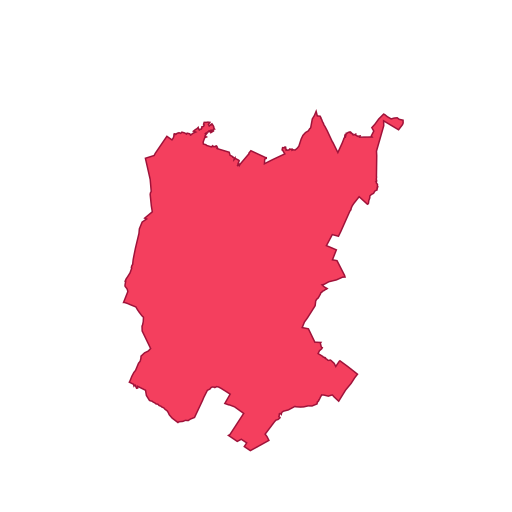 San José del Rincón, México, Mexico, rotated 24°
{"feature_id": "50627088B61980296912974", "entity_name": "San José del Rincón", "entity_type": "district", "adm_level": 2, "iso_a3": "MEX", "parent_name": "Mexico", "parent_adm1": "México", "projection": "robinson", "projection_center": [-100.117, 19.636], "detail": "fine", "context": "isolated", "style": "filled", "palette": "rose", "viewbox_px": 512, "rotation_deg": 24, "n_neighbors": 0, "source": "geoboundaries", "source_scale": "gbopen_adm2", "svg_char_len": 6114}
<svg xmlns="http://www.w3.org/2000/svg" viewBox="0 0 512 512"><g transform="rotate(24 256 256)"><path d="M252.1,99.4L252.2,103.9L251.7,107.9L253.7,116.2L253.7,117.3L253.3,117.8L252.9,120.4L251.0,123.1L249.8,126.7L249.7,130.8L250.5,138.3L249.8,140.9L248.6,143.3L246.9,143.8L246.0,144.6L245.9,143.8L245.4,143.6L245.2,144.0L244.7,144.3L243.4,144.5L243.5,144.9L243.0,145.3L242.9,145.8L241.6,146.7L241.1,146.6L240.6,147.0L240.5,146.5L240.1,146.6L238.8,144.5L238.1,144.6L237.8,145.7L236.4,146.0L236.2,146.3L236.7,148.5L237.4,148.6L240.8,151.0L231.8,161.4L226.2,168.3L224.6,164.1L224.7,163.7L225.7,162.7L225.4,162.0L225.0,162.2L208.5,161.9L207.7,164.7L208.0,166.2L207.7,166.4L204.3,178.1L204.0,180.0L203.8,179.7L203.4,179.9L203.2,179.4L202.6,180.8L202.0,181.3L202.5,180.3L202.0,178.9L201.9,175.8L201.1,175.5L197.3,175.3L197.1,175.0L197.0,176.5L196.8,177.0L196.5,175.7L196.1,175.2L194.9,175.0L194.6,175.2L194.2,174.7L191.3,174.5L189.3,172.1L176.8,173.7L176.6,173.6L176.9,172.9L176.0,172.1L175.4,172.0L175.5,171.7L175.0,171.5L174.6,171.8L174.8,172.4L174.0,172.7L174.0,172.9L172.6,173.1L172.6,173.4L172.2,173.6L171.5,173.0L171.4,173.2L171.7,173.5L171.0,174.1L171.1,174.4L171.4,174.4L165.8,175.1L165.0,174.7L162.4,175.1L161.4,173.5L161.0,168.9L162.3,167.4L160.6,167.3L161.0,164.9L160.0,164.9L160.3,164.1L160.8,164.2L161.3,163.7L160.9,163.4L161.3,162.4L162.4,161.8L162.1,160.8L162.4,160.6L162.6,160.6L162.8,161.2L163.3,160.6L163.9,161.1L164.0,160.6L164.4,160.8L164.7,161.5L166.0,159.6L163.1,159.4L165.3,159.0L165.6,158.7L165.2,158.6L166.0,157.7L166.1,156.9L166.3,156.8L165.2,156.2L165.2,155.5L164.0,154.4L162.2,153.3L162.1,153.9L161.8,154.4L161.4,154.0L160.4,156.3L159.0,155.2L159.5,152.7L157.5,153.3L156.5,154.0L154.3,155.0L154.5,157.0L155.4,157.3L155.3,158.2L155.4,158.7L155.0,159.3L154.0,159.9L154.4,161.4L153.8,161.7L154.4,161.7L154.3,162.5L153.3,163.0L153.1,163.9L152.7,163.9L152.4,163.5L151.6,163.1L150.9,162.1L150.3,163.7L149.2,165.2L148.1,167.4L150.5,167.3L148.9,169.0L147.6,171.1L147.3,171.9L147.0,172.2L145.8,171.3L143.1,171.8L143.0,172.9L140.8,172.6L137.9,173.0L137.3,174.6L135.5,174.7L135.2,175.2L134.7,175.3L134.2,176.0L133.6,176.5L133.2,177.0L133.4,177.4L133.0,177.7L132.8,177.3L131.6,177.6L131.6,178.2L132.3,180.2L132.4,182.0L132.0,184.1L125.9,182.9L122.2,203.3L122.1,205.6L115.2,211.7L128.2,229.1L134.0,239.6L133.9,241.3L134.3,242.8L140.0,252.8L143.3,257.8L138.9,266.7L141.0,266.7L138.2,271.3L138.4,278.6L139.9,283.0L142.7,298.0L144.7,306.9L145.3,309.4L146.8,314.0L146.5,314.9L146.6,316.1L146.9,317.4L147.4,317.6L147.8,322.6L147.1,327.6L146.7,329.5L146.7,332.2L147.2,332.1L148.2,336.0L148.8,337.0L151.1,338.2L152.2,339.1L153.4,340.7L153.9,352.3L154.5,352.0L157.0,351.7L167.0,351.4L169.6,353.3L172.4,355.0L176.1,357.0L178.1,357.7L179.7,361.8L180.4,365.0L180.4,366.4L182.5,370.8L197.4,383.4L196.2,386.7L193.6,389.8L191.7,394.2L192.5,396.4L193.0,399.3L192.3,401.7L192.5,409.5L191.8,412.1L191.5,416.6L191.7,420.9L191.6,422.8L196.3,423.0L197.4,424.4L197.6,423.6L198.1,423.1L200.7,425.4L201.6,424.8L200.8,423.2L209.7,423.6L212.6,428.0L217.3,431.2L218.0,431.3L220.3,430.9L221.4,431.3L223.1,431.3L224.8,431.8L226.7,431.3L228.2,432.0L230.4,431.9L231.5,432.3L233.0,432.2L234.0,432.4L235.1,433.0L237.8,433.6L239.5,434.7L241.3,436.3L245.3,438.2L252.4,439.9L252.6,439.3L253.7,438.4L256.4,436.9L258.3,434.9L261.0,433.9L262.3,431.8L265.5,428.5L265.9,409.5L265.8,406.6L266.2,398.5L268.0,396.3L268.5,394.4L269.4,393.4L271.6,392.7L271.9,392.9L272.8,391.9L273.0,391.4L274.9,390.9L277.9,391.1L288.6,392.7L287.5,403.4L291.6,403.1L292.4,402.8L297.8,402.5L308.8,404.8L304.8,429.8L303.8,431.1L314.3,433.0L317.1,429.4L323.5,430.5L322.8,434.9L330.0,436.1L342.8,419.2L339.5,416.5L336.8,415.0L340.3,399.9L341.0,397.8L342.7,396.3L343.7,394.1L343.6,393.7L342.2,393.5L342.0,391.9L341.5,390.8L341.8,390.2L342.4,390.0L343.5,390.4L343.2,389.1L343.3,388.1L344.2,386.6L348.1,383.5L352.8,377.5L353.5,377.6L358.1,375.9L361.0,374.4L364.6,371.7L368.2,370.2L371.9,366.3L371.4,364.3L371.8,364.0L372.0,363.3L371.9,363.1L372.2,362.6L371.9,361.9L372.2,361.4L372.3,357.9L372.6,356.6L372.5,356.2L374.6,355.4L379.1,354.6L381.4,352.5L382.4,351.9L384.5,352.9L390.6,355.0L392.4,341.9L394.7,333.7L395.7,327.1L396.8,322.7L384.5,319.6L375.3,317.6L374.9,318.3L373.8,324.5L371.1,322.3L367.3,321.0L366.3,320.8L364.7,321.9L363.9,322.0L362.7,321.5L361.1,321.4L361.2,321.1L361.0,320.9L360.8,321.1L360.2,320.7L358.8,321.0L358.2,320.9L358.0,320.6L352.4,319.9L352.5,316.8L353.8,313.9L353.8,312.8L353.3,312.9L352.6,312.5L350.4,309.7L350.3,309.1L350.4,308.6L344.8,310.8L333.5,301.2L327.3,302.6L327.1,296.6L328.2,291.4L330.2,277.8L330.2,277.2L328.8,272.7L328.9,271.8L329.3,270.1L329.9,269.1L330.3,264.7L330.2,263.1L330.9,262.3L330.9,261.5L332.4,259.6L333.2,258.1L333.7,257.8L334.3,256.8L331.1,256.5L328.1,255.5L329.9,254.0L333.0,249.9L339.2,245.1L343.7,240.1L345.9,239.0L344.8,237.7L331.9,227.3L327.4,228.4L326.9,217.7L316.1,217.9L317.0,205.4L323.3,204.4L323.5,199.2L323.5,176.9L323.9,175.2L323.5,173.5L323.5,170.9L324.0,168.1L326.1,159.9L336.7,163.4L337.2,162.8L337.3,162.1L336.5,159.4L336.3,156.5L336.0,156.2L335.6,154.8L336.3,153.0L337.9,150.9L338.1,148.7L338.5,147.8L339.7,146.4L339.3,145.6L339.4,145.1L338.9,144.6L339.2,143.3L338.7,143.2L337.8,141.1L336.3,140.4L336.0,140.0L335.8,138.8L335.3,138.8L335.6,138.2L335.3,137.6L334.7,137.1L334.0,134.7L333.7,134.4L325.5,115.3L323.4,111.2L319.7,85.0L317.6,80.6L334.9,82.7L336.4,76.4L336.3,74.6L335.1,72.1L331.2,72.9L328.8,72.3L326.1,73.8L323.7,75.8L319.2,75.3L316.3,74.5L314.9,74.4L312.4,80.9L311.0,87.4L309.6,91.6L312.8,94.0L312.5,99.5L313.6,100.1L302.3,105.3L302.2,104.0L299.9,105.5L299.2,105.0L298.0,105.1L297.5,104.1L296.2,105.6L295.7,105.7L295.1,105.8L294.8,105.1L293.8,105.2L293.5,104.9L292.8,105.0L292.6,104.7L292.1,105.1L291.5,105.0L292.0,104.4L291.5,104.3L290.0,105.5L289.1,107.1L288.6,107.1L289.4,111.8L288.6,108.4L288.1,108.7L288.2,109.9L288.7,111.3L288.5,113.2L288.6,113.3L288.8,117.7L288.7,128.2L279.8,120.8L279.5,120.8L270.2,112.7L266.4,109.7L264.3,108.3L263.8,107.5L262.1,106.3L260.4,104.5L259.1,103.7L259.2,103.4L257.7,102.2L255.0,103.1L252.1,99.4Z" fill="#f43f5e" stroke="#9f1239" stroke-width="1.5"/></g></svg>